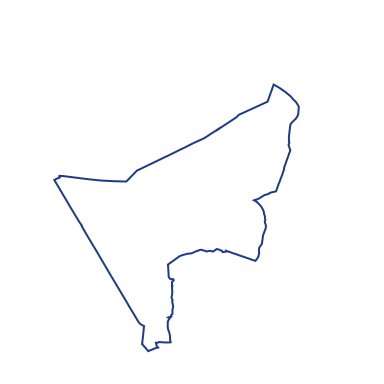 Tetepango, Hidalgo, Mexico (Equal Earth projection), rotated 229°
{"feature_id": "50627088B64259758122284", "entity_name": "Tetepango", "entity_type": "district", "adm_level": 2, "iso_a3": "MEX", "parent_name": "Mexico", "parent_adm1": "Hidalgo", "projection": "equal_earth", "projection_center": [-99.166, 20.109], "detail": "fine", "context": "isolated", "style": "outline", "palette": "blue", "viewbox_px": 384, "rotation_deg": 229, "n_neighbors": 0, "source": "geoboundaries", "source_scale": "gbopen_adm2", "svg_char_len": 4798}
<svg xmlns="http://www.w3.org/2000/svg" viewBox="0 0 384 384"><g transform="rotate(229 192 192)"><path d="M99.5,57.5L98.8,60.1L98.0,62.1L97.6,63.2L96.9,64.1L96.8,64.4L99.1,64.4L101.9,65.8L100.8,67.2L100.4,68.6L96.6,72.5L96.1,73.0L94.0,75.4L93.9,75.6L93.0,76.6L92.7,77.0L92.6,77.3L95.5,79.0L97.7,80.9L99.2,81.7L100.6,82.6L103.0,83.4L105.2,84.5L107.5,86.3L109.1,87.9L110.0,88.6L110.9,90.6L111.3,92.3L112.9,91.7L112.4,93.1L112.1,93.4L111.6,94.5L112.1,94.5L112.8,95.4L112.7,96.2L112.8,97.1L113.4,97.8L115.7,99.7L117.6,102.3L119.5,103.6L121.5,104.8L122.4,105.2L123.1,106.4L123.4,106.5L125.7,107.2L127.3,109.3L129.2,111.3L131.0,112.7L132.8,114.1L134.0,115.1L133.8,115.3L134.4,115.8L134.5,115.8L135.2,116.2L135.9,116.6L136.9,117.6L137.2,118.0L137.4,118.6L137.2,119.1L137.2,119.6L137.3,120.2L137.6,120.4L138.2,120.6L138.9,120.4L139.5,119.6L140.2,118.7L141.3,118.5L142.0,118.5L143.5,119.0L144.1,119.3L145.8,120.8L152.1,125.6L153.0,126.2L152.9,126.4L152.8,128.3L152.7,129.3L151.8,139.6L151.6,140.8L150.2,144.4L148.1,148.5L146.9,150.1L146.5,150.6L146.2,151.2L145.9,152.0L145.5,152.9L145.2,154.2L144.9,155.4L144.4,156.5L144.0,157.7L143.5,158.8L142.8,160.5L141.7,161.6L139.8,162.6L138.8,163.6L137.6,163.8L136.5,166.1L135.5,167.3L133.3,168.7L132.7,173.2L131.0,174.5L130.3,174.9L129.4,175.1L128.2,176.0L126.4,175.8L125.2,177.8L124.2,179.4L124.7,179.5L122.8,180.6L122.7,180.7L122.3,180.9L122.0,181.0L121.3,181.5L120.7,181.8L119.8,182.3L118.2,183.2L116.4,184.3L115.4,184.9L114.5,185.4L114.1,185.6L113.5,185.9L113.0,186.2L112.5,186.6L111.8,186.9L111.3,187.2L110.8,187.5L110.0,188.0L108.7,188.7L107.4,189.5L106.1,190.2L105.3,190.7L104.7,191.1L104.4,191.3L103.9,191.5L102.1,192.5L99.7,193.9L98.4,194.7L99.0,197.4L99.4,199.1L99.9,200.0L100.3,200.6L101.6,202.3L102.3,203.0L103.1,203.4L103.7,203.9L104.4,204.6L105.2,205.5L105.8,206.1L106.0,206.7L106.3,207.8L106.6,209.3L107.1,210.7L108.2,212.1L111.7,216.1L112.4,216.8L113.0,217.7L113.5,218.8L114.3,220.2L115.6,222.6L116.1,223.7L117.5,225.1L118.0,225.6L118.7,226.0L119.4,226.4L120.2,226.6L120.9,226.9L121.6,227.3L122.1,227.7L122.4,228.5L122.6,228.9L123.8,229.5L124.7,230.1L125.2,230.4L125.4,230.7L125.6,231.0L126.5,231.4L127.1,231.7L127.6,231.7L128.5,232.2L130.2,233.3L131.8,233.9L132.7,234.1L134.3,234.4L135.3,234.6L136.5,234.7L138.0,234.7L139.5,234.6L142.4,234.3L145.0,233.4L144.2,235.4L143.4,237.1L142.8,240.2L142.5,242.4L142.1,244.7L141.4,246.3L140.7,247.6L140.4,248.5L140.2,249.2L140.2,249.3L140.4,249.7L140.4,250.0L138.7,253.4L138.5,253.6L138.1,254.5L137.4,255.8L137.9,256.8L138.4,257.8L138.9,258.6L139.9,260.3L140.7,261.8L141.2,262.6L141.8,263.9L142.3,264.8L142.9,266.0L143.6,267.1L144.0,267.9L144.7,269.3L146.2,272.1L146.6,272.6L146.9,273.1L147.2,273.6L147.5,274.1L147.7,274.6L148.0,275.0L148.1,275.3L148.5,275.9L148.7,276.3L149.3,276.7L149.7,277.3L150.0,277.8L150.4,278.3L150.7,278.9L151.0,279.4L151.3,280.0L151.6,280.5L151.9,281.1L152.5,282.2L152.9,282.7L153.2,283.2L153.5,283.8L153.8,284.3L154.1,284.9L154.4,285.4L154.7,286.0L155.0,286.5L155.3,287.1L155.6,287.6L155.9,288.2L156.6,289.3L156.9,289.8L157.2,290.4L157.5,290.9L157.8,291.5L158.1,292.0L158.4,292.5L158.7,293.1L158.9,293.5L159.1,293.5L160.9,294.3L161.7,294.7L163.7,295.6L164.0,295.6L164.3,296.0L164.7,296.6L164.9,297.1L165.2,297.5L165.7,298.0L166.1,298.4L166.7,298.4L169.9,301.2L173.9,305.5L178.2,310.3L178.7,311.7L179.0,313.9L179.2,318.4L180.0,321.1L180.5,322.4L182.4,324.7L183.8,326.0L186.0,328.3L186.3,328.4L187.7,328.9L190.8,329.4L192.9,329.4L195.9,329.1L198.2,329.2L200.4,329.1L203.6,328.5L206.1,328.1L208.9,327.4L211.0,326.9L212.1,326.6L214.2,326.0L219.5,324.1L210.6,308.3L219.5,278.1L219.3,274.3L222.1,252.9L222.3,253.3L222.7,250.2L222.9,248.6L223.1,247.1L223.2,246.7L223.3,245.9L223.5,244.5L223.6,244.0L223.7,243.2L223.7,242.7L224.0,241.0L224.0,240.6L224.4,237.9L224.4,237.7L224.4,237.4L224.5,237.1L224.6,236.7L225.3,234.2L225.9,231.8L226.1,231.6L226.2,231.2L226.3,231.1L226.8,229.0L227.4,227.1L227.6,226.4L228.3,223.9L229.0,221.1L229.7,218.3L230.4,215.5L231.5,211.6L232.6,207.4L233.4,204.3L234.2,201.3L235.3,197.2L236.0,194.7L236.4,193.4L237.1,190.7L244.3,164.3L243.3,153.0L243.0,149.3L251.5,140.0L255.1,136.3L260.0,131.2L266.9,124.7L273.6,118.6L288.7,105.1L291.0,102.7L290.0,102.3L290.4,101.1L289.9,100.9L290.3,100.3L291.4,96.0L289.9,95.7L282.2,94.3L277.2,93.4L269.1,91.9L261.2,90.4L254.8,89.3L249.7,88.4L244.2,87.4L241.5,87.1L238.8,86.8L238.7,86.5L238.7,86.4L238.3,86.3L229.0,84.5L219.0,82.7L209.2,81.0L196.0,78.5L184.3,76.3L172.4,74.2L168.1,73.4L167.3,73.3L160.3,72.0L157.4,71.5L150.1,70.2L147.2,69.6L142.7,68.8L137.6,67.9L132.7,67.0L132.2,66.9L129.4,66.4L127.1,66.3L125.2,66.7L122.8,67.6L122.3,67.8L118.2,63.5L114.1,59.1L110.6,55.2L110.2,55.1L109.9,55.0L109.8,54.8L109.8,54.6L100.5,54.6L100.3,55.3L100.2,56.0L100.0,56.7L99.5,57.5Z" fill="none" stroke="#1e3a8a" stroke-width="2"/></g></svg>